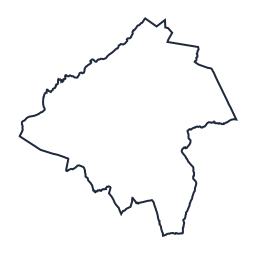 Mutoko, Mashonaland East, Zimbabwe, rotated 178°
{"feature_id": "62879985B11813721132111", "entity_name": "Mutoko", "entity_type": "district", "adm_level": 2, "iso_a3": "ZWE", "parent_name": "Zimbabwe", "parent_adm1": "Mashonaland East", "projection": "robinson", "projection_center": [32.255, -17.423], "detail": "fine", "context": "isolated", "style": "outline", "palette": "slate", "viewbox_px": 256, "rotation_deg": 178, "n_neighbors": 0, "source": "geoboundaries", "source_scale": "gbopen_adm2", "svg_char_len": 5711}
<svg xmlns="http://www.w3.org/2000/svg" viewBox="0 0 256 256"><g transform="rotate(178 128 128)"><path d="M195.9,179.2L196.2,178.5L196.3,175.8L196.8,174.4L197.3,174.1L198.0,174.1L198.4,173.6L199.1,171.7L198.9,171.8L199.4,170.7L201.6,169.8L201.9,168.6L202.6,168.0L203.5,167.6L203.9,166.7L206.2,167.9L207.0,169.1L207.7,169.1L208.2,166.7L208.1,166.1L208.8,166.1L209.6,165.8L210.5,164.3L211.1,162.0L211.3,162.0L211.6,160.6L211.9,158.0L212.0,156.9L211.9,154.2L211.5,152.3L210.6,150.2L210.6,149.2L213.1,147.0L214.1,146.7L214.6,146.7L216.5,145.3L219.1,144.2L221.2,143.5L226.5,142.7L228.6,141.7L231.2,139.1L232.2,138.8L233.1,138.3L233.6,137.8L233.9,136.7L233.9,135.7L233.2,133.4L233.5,132.1L233.3,129.8L234.4,127.3L235.2,126.2L235.3,125.7L236.2,124.3L236.5,123.5L216.1,109.2L204.3,105.0L199.3,103.7L191.9,100.8L190.9,100.2L189.0,99.7L188.7,99.1L191.2,88.7L191.2,87.5L191.0,87.3L190.3,87.1L189.8,87.3L189.0,88.1L186.2,89.1L185.1,89.0L184.7,88.7L184.4,88.8L182.1,90.1L179.7,92.2L177.9,92.3L176.5,91.6L176.2,91.6L173.9,90.4L173.4,89.8L172.5,87.0L172.6,85.1L172.0,83.3L172.2,81.2L171.7,80.5L170.5,79.6L170.3,79.6L169.9,78.7L169.9,78.1L169.3,76.5L168.6,75.9L167.8,74.8L167.2,74.3L166.5,72.8L165.8,72.0L165.9,71.5L165.5,70.8L165.5,69.9L165.1,68.8L165.0,67.8L164.5,67.1L164.9,66.9L164.9,66.7L164.7,66.5L164.2,66.7L163.5,66.3L163.4,66.0L163.4,65.2L162.8,64.9L161.7,66.0L161.1,66.1L160.7,65.9L160.2,66.8L159.0,66.6L158.3,67.0L157.5,66.1L157.1,66.1L156.0,67.4L155.1,67.5L154.8,67.8L154.0,67.6L152.3,67.7L152.5,68.1L152.4,68.5L151.4,69.5L151.3,69.8L151.1,70.0L149.8,70.0L149.6,70.3L149.1,70.3L148.0,69.7L147.5,68.9L149.3,63.3L146.8,60.1L144.9,56.5L143.8,53.5L141.9,50.7L139.9,48.3L139.4,46.3L137.8,42.3L137.1,43.6L136.5,44.2L136.1,45.1L135.6,45.3L134.7,45.4L133.6,46.2L132.5,47.3L128.2,49.2L126.4,54.5L126.4,56.5L126.0,58.0L125.6,57.8L124.8,56.6L124.7,56.3L124.3,55.9L123.8,55.1L123.1,54.3L122.8,53.8L122.7,53.2L122.3,52.9L122.2,52.6L121.9,52.5L121.5,52.5L121.1,52.8L120.7,52.5L120.6,52.9L119.8,52.5L118.8,53.0L117.9,53.0L117.0,53.3L115.7,53.4L111.0,54.5L108.4,54.7L106.6,55.1L105.5,53.7L105.0,52.9L104.3,49.9L103.7,48.2L102.1,42.7L101.5,40.2L101.0,36.4L100.4,34.3L99.7,33.9L100.0,32.5L99.6,31.3L99.9,30.9L99.1,29.7L98.5,28.0L98.2,25.6L97.8,24.1L97.3,22.5L96.7,21.3L96.9,20.6L96.8,19.1L95.2,19.4L94.6,19.8L93.5,20.1L93.1,20.5L92.4,20.8L91.3,21.0L90.3,20.9L89.4,21.3L87.0,21.5L86.7,21.5L86.0,21.1L84.4,20.6L84.1,20.7L84.1,21.0L83.8,21.4L81.0,20.5L78.8,20.9L78.3,20.9L77.8,20.7L77.1,20.9L76.8,21.5L76.6,26.4L76.3,26.4L76.1,26.8L75.7,29.2L75.2,30.7L75.3,31.7L75.8,33.2L76.0,34.2L74.8,35.2L74.4,35.4L73.7,37.3L73.7,38.0L73.5,38.9L73.0,39.9L73.0,41.5L72.0,42.5L71.4,43.7L69.1,48.7L69.0,50.1L68.8,50.2L67.7,53.2L66.6,54.8L66.3,55.7L65.9,57.7L65.6,58.2L64.5,61.3L63.4,62.9L63.2,65.4L62.1,68.4L61.7,70.1L61.8,71.5L62.6,72.8L64.4,74.7L64.6,75.4L64.6,76.3L64.4,77.0L64.5,77.5L63.8,77.9L63.6,78.7L63.7,79.9L63.5,81.0L64.2,82.5L64.2,83.2L64.0,84.4L64.2,86.6L67.0,89.8L68.3,91.7L69.0,92.2L69.9,94.6L70.4,95.4L70.9,95.6L71.5,97.4L74.4,101.2L75.0,102.4L75.1,102.9L75.1,103.6L74.5,104.8L73.0,106.4L72.4,106.6L72.0,106.1L71.6,105.9L71.2,106.5L70.6,105.9L70.1,105.9L68.9,107.4L68.1,108.2L66.8,109.9L66.3,110.9L66.0,112.1L66.0,113.2L66.2,114.0L67.2,114.8L67.8,115.7L67.8,119.6L68.0,120.6L68.4,121.3L68.6,123.1L66.5,124.7L66.0,124.7L65.4,124.2L64.8,124.3L63.9,125.2L62.7,125.8L61.7,125.9L61.0,126.4L60.6,126.2L60.0,126.8L59.3,126.8L59.0,127.0L58.5,127.0L57.5,126.6L56.4,127.1L55.9,127.0L55.5,126.8L55.2,126.2L54.9,126.2L54.2,125.8L53.6,125.9L53.1,126.4L51.2,126.9L51.1,127.2L50.6,127.5L48.7,130.0L47.0,131.0L46.2,130.8L45.4,130.7L44.7,130.3L44.4,130.3L44.0,130.6L42.5,130.5L42.1,131.0L42.0,130.6L41.2,130.6L41.3,130.2L41.0,130.0L40.0,129.6L38.7,129.8L37.3,129.1L37.1,129.1L36.8,129.6L36.5,129.7L36.0,129.4L35.0,129.2L34.0,128.6L32.2,128.6L31.9,128.8L32.1,129.0L32.1,129.3L31.0,129.3L29.5,130.2L28.9,130.1L26.1,131.9L24.4,132.7L22.0,133.1L19.5,132.7L24.9,145.2L26.9,149.1L26.8,149.3L38.3,175.2L40.3,180.3L41.5,182.4L41.9,183.6L42.7,184.5L43.0,184.7L46.0,185.3L55.4,189.0L59.0,191.7L58.9,192.3L58.1,192.5L57.2,193.6L57.1,194.8L57.4,195.4L57.3,195.8L56.8,196.3L56.2,196.6L56.0,198.4L56.5,199.0L56.7,199.9L55.9,200.9L55.8,202.5L54.7,204.0L55.1,206.5L85.5,212.6L84.6,215.0L80.5,221.6L84.4,226.4L87.2,227.2L87.3,234.6L95.9,228.5L107.0,236.9L107.7,236.2L109.9,233.0L110.6,232.5L111.1,232.5L113.0,230.6L113.9,230.2L114.6,230.1L115.4,229.3L116.6,227.5L118.3,225.6L118.6,225.4L119.1,225.6L119.4,225.3L119.6,224.6L120.1,224.0L120.2,223.5L119.9,222.4L121.3,219.8L121.9,218.9L121.9,218.6L123.1,217.6L125.2,217.5L125.5,217.3L126.1,216.5L125.7,215.8L125.7,215.1L128.0,212.6L130.0,211.6L131.3,212.0L132.4,212.1L132.9,211.5L133.9,211.1L134.4,210.7L134.7,209.5L135.4,208.1L135.8,207.8L136.3,207.9L137.1,207.5L140.5,204.5L142.5,203.1L143.8,202.4L146.3,200.3L146.9,199.4L147.8,198.5L150.1,197.7L152.7,198.2L154.1,197.4L154.7,197.4L155.2,197.6L156.5,196.5L157.2,195.4L157.6,195.3L158.4,195.5L159.8,197.0L160.8,197.8L161.5,197.7L162.5,197.1L163.3,196.2L163.3,195.8L163.2,195.7L162.7,195.7L162.4,195.0L162.5,194.5L163.2,194.0L164.0,193.1L165.4,192.6L167.1,191.1L167.7,191.0L168.0,190.7L168.9,189.2L169.3,188.7L169.4,187.1L170.0,185.1L170.8,184.5L171.7,184.3L172.0,184.4L172.3,185.0L173.5,184.9L174.5,184.4L175.0,182.9L175.3,182.6L176.7,180.4L177.2,180.1L179.6,180.4L181.2,181.7L182.5,181.7L183.6,182.4L184.1,182.5L184.7,182.5L185.4,181.7L186.8,181.9L187.1,182.1L187.9,183.0L188.4,183.0L188.7,182.8L188.8,182.4L189.1,181.9L188.8,180.2L188.9,179.4L189.3,179.1L190.3,179.2L190.6,179.0L190.9,177.4L191.8,176.6L192.3,177.8L193.1,176.8L193.3,178.0L194.0,178.9L194.4,178.9L194.6,178.6L195.3,179.0L195.8,179.1L195.9,179.2Z" fill="none" stroke="#1e293b" stroke-width="2"/></g></svg>